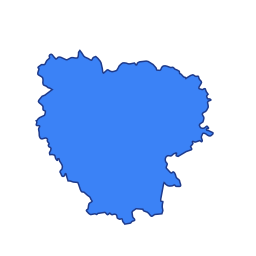 the Region of Tula, rotated 164°
{"feature_id": "RUS-2368", "entity_name": "Tula", "entity_type": "Region", "adm_level": 1, "iso_a3": "RUS", "parent_name": "Russia", "parent_adm1": "", "projection": "albers", "projection_center": [37.489, 53.9], "detail": "fine", "context": "isolated", "style": "filled", "palette": "blue", "viewbox_px": 256, "rotation_deg": 164, "n_neighbors": 0, "source": "natural_earth", "source_scale": "10m", "svg_char_len": 5793}
<svg xmlns="http://www.w3.org/2000/svg" viewBox="0 0 256 256"><g transform="rotate(164 128 128)"><path d="M214.2,160.3L213.7,160.3L213.2,160.5L211.9,161.5L210.2,162.3L204.8,163.2L203.9,164.4L203.1,165.9L202.8,166.9L203.3,167.5L204.3,168.4L204.6,169.0L204.4,170.1L204.0,171.3L203.8,172.4L204.6,174.1L206.4,176.8L206.7,177.6L206.8,178.1L206.7,178.4L206.3,179.0L205.5,179.7L201.8,182.2L198.8,182.5L190.2,185.8L192.3,188.0L193.6,188.7L195.0,190.7L197.0,192.3L197.4,192.9L197.5,193.4L197.4,194.9L196.4,197.7L196.2,199.7L196.8,200.9L199.3,203.6L199.6,204.0L199.8,204.6L199.8,204.9L199.3,206.2L197.4,209.1L197.3,209.9L197.9,210.7L197.4,211.4L193.7,212.8L191.1,212.0L190.3,212.2L187.9,214.8L186.9,215.5L184.3,216.7L184.0,217.3L183.9,218.8L183.6,219.4L182.8,220.0L181.8,220.1L181.4,220.0L180.7,219.3L179.8,217.1L178.4,214.3L177.6,214.2L175.7,215.2L174.7,215.2L173.9,214.9L173.0,214.4L168.7,210.7L168.2,210.5L167.5,210.4L163.6,211.2L162.8,211.2L161.4,210.8L159.5,209.8L157.9,209.4L157.1,209.4L156.2,210.4L155.1,213.0L154.8,214.1L154.2,214.8L152.9,215.8L151.9,213.3L150.7,209.3L149.7,207.9L147.1,205.7L145.3,203.7L144.3,203.2L143.8,203.6L142.4,205.0L141.6,205.4L139.3,205.6L137.8,203.3L136.4,200.1L136.0,198.2L136.0,197.2L136.3,192.2L136.8,189.3L136.8,188.2L136.6,187.8L136.3,187.5L132.0,189.6L131.2,189.4L129.7,187.8L128.5,186.9L127.6,186.5L125.8,186.3L123.4,186.4L122.6,186.8L120.7,188.6L119.6,189.9L118.3,190.7L116.5,191.6L114.9,192.0L113.3,191.5L111.9,190.9L109.9,189.5L108.6,189.1L103.9,188.7L102.9,186.4L102.3,186.3L101.0,187.8L100.0,188.2L98.5,188.4L92.1,187.3L90.5,186.5L90.1,186.2L86.4,182.1L84.5,178.1L84.4,177.4L84.5,176.2L84.3,175.7L83.9,175.5L81.6,174.7L80.9,174.7L80.4,175.1L79.3,176.5L78.1,177.5L77.2,177.8L76.2,177.8L74.9,177.4L73.6,176.7L70.4,174.4L68.2,174.0L67.6,173.4L66.7,171.7L64.7,170.1L63.1,168.4L63.3,166.1L62.5,165.5L61.8,164.4L60.6,162.0L59.9,161.3L59.4,161.2L59.0,160.8L58.7,159.6L58.1,159.9L53.4,161.2L51.4,161.3L50.9,161.2L50.4,160.8L49.2,159.4L48.5,158.9L46.8,158.6L46.3,158.4L46.1,158.1L46.1,156.3L45.9,155.0L44.8,152.7L44.8,151.5L45.7,150.4L48.2,148.1L48.8,147.1L48.9,146.6L48.8,146.2L46.2,144.5L45.4,144.4L43.9,144.8L43.5,144.7L43.0,144.4L42.9,144.0L42.9,142.8L42.6,140.9L41.7,138.4L43.3,137.4L43.7,136.6L43.6,134.9L43.4,134.2L43.1,134.0L41.5,133.4L41.0,133.0L40.6,132.4L40.6,132.1L40.8,131.9L43.3,131.7L44.0,131.2L44.5,130.6L44.6,130.2L44.7,128.2L44.9,126.8L45.3,125.7L47.5,123.4L48.9,122.5L51.2,122.1L52.4,121.4L52.8,120.7L52.8,120.0L52.2,117.7L52.3,116.6L53.1,115.0L54.3,113.2L57.6,112.1L58.3,111.6L58.7,110.8L58.5,109.3L58.1,108.3L57.9,108.0L56.4,107.1L55.2,106.9L53.9,107.2L52.1,108.0L51.6,108.0L51.4,107.8L50.6,106.1L50.6,105.7L50.9,105.5L52.0,105.6L52.7,105.4L53.0,104.9L52.9,104.2L52.4,103.8L51.4,103.5L50.9,102.9L47.7,100.1L47.8,99.3L48.3,98.7L50.3,97.8L51.3,97.7L52.1,98.0L52.7,98.4L53.6,99.3L55.0,101.1L55.8,101.7L56.8,102.2L57.4,102.2L57.7,102.1L59.5,100.0L59.9,99.3L60.1,98.6L60.1,97.8L60.0,95.6L60.2,95.2L60.6,94.6L61.0,94.5L61.3,94.6L62.2,95.9L62.8,96.1L66.9,95.9L67.5,96.0L68.9,97.1L69.5,97.3L69.9,97.1L70.0,96.8L70.0,96.1L69.8,95.5L70.0,95.1L70.5,94.6L72.6,93.2L73.0,92.8L72.9,92.2L72.6,91.2L72.5,90.5L72.6,90.0L73.2,89.6L78.5,89.3L87.7,86.9L89.2,87.9L89.3,88.7L88.4,89.9L88.3,90.4L88.8,90.8L91.2,90.6L93.5,89.5L94.5,89.3L96.9,90.3L97.8,90.4L98.8,90.0L99.8,89.4L100.7,88.0L101.0,86.8L101.1,85.9L100.9,84.6L100.3,83.3L100.2,82.8L100.4,82.1L101.8,80.2L102.2,79.3L102.1,78.5L101.6,77.6L99.9,74.2L99.2,73.1L98.6,72.8L98.3,72.8L97.1,73.3L96.7,73.3L96.4,73.2L95.7,72.2L95.3,70.4L95.3,67.8L95.1,66.8L94.5,65.8L93.4,64.3L93.0,63.4L93.1,61.7L93.0,59.4L93.2,58.2L93.6,57.7L94.6,57.6L97.8,58.6L98.2,59.0L98.8,60.2L99.3,60.5L101.5,60.2L104.0,60.7L105.4,61.4L106.6,62.6L107.5,63.9L107.8,64.9L108.3,65.6L109.3,64.3L116.1,50.7L116.5,49.4L116.4,48.4L114.8,47.7L115.0,46.9L115.9,45.4L116.7,43.2L117.0,41.8L117.1,40.3L117.3,38.9L119.1,36.2L126.2,37.5L128.9,36.6L129.8,36.7L130.5,37.5L131.6,40.2L132.6,41.7L135.7,44.0L136.0,44.6L136.1,45.8L142.5,48.2L146.4,46.8L147.4,45.9L148.0,41.5L147.8,40.5L146.9,38.7L146.9,37.7L147.2,37.4L147.9,37.2L149.5,37.2L150.1,37.0L151.4,36.1L152.2,35.9L157.6,36.5L157.9,37.4L158.7,39.3L158.8,40.5L158.7,41.9L158.9,42.3L159.6,42.6L160.9,42.5L161.7,43.0L162.5,43.7L163.1,44.5L163.1,45.3L162.9,46.7L163.0,47.4L163.4,48.1L163.9,48.5L164.9,49.0L167.1,49.0L167.8,49.4L168.9,51.1L169.3,51.2L170.3,50.6L171.3,50.3L171.7,50.4L171.9,50.6L173.1,52.9L173.6,53.3L180.5,54.2L181.9,53.5L183.2,54.5L183.6,54.7L187.5,55.0L188.0,55.2L189.3,56.7L190.5,59.2L190.7,59.6L190.7,60.3L190.2,60.7L189.1,61.0L188.7,61.4L188.2,62.3L187.3,64.4L186.4,65.9L185.6,66.4L183.6,67.0L182.8,67.4L182.7,68.1L183.2,69.2L183.5,71.6L183.9,72.5L185.5,74.5L187.7,78.0L188.1,78.5L189.9,79.3L190.2,79.7L190.5,80.4L190.8,82.1L191.0,87.2L191.3,89.5L195.6,91.2L198.0,92.9L200.2,93.7L200.3,98.4L200.2,100.3L200.3,101.1L200.7,101.4L201.0,101.3L202.0,99.8L202.8,99.4L203.4,99.3L204.1,99.5L204.8,100.2L204.9,100.9L205.1,102.9L205.5,104.4L205.2,105.1L204.5,105.7L203.1,106.5L202.6,107.0L201.7,108.9L201.6,110.4L202.0,112.4L202.8,114.9L202.8,117.1L202.9,117.6L204.1,117.7L204.5,116.6L204.7,116.4L205.0,116.4L205.3,116.7L205.9,118.3L206.0,119.1L205.9,121.0L206.0,121.7L206.2,122.1L206.6,122.5L208.1,123.4L210.5,123.9L210.4,125.6L210.0,126.3L209.0,127.2L208.4,128.0L207.7,129.3L207.7,129.8L207.8,130.2L208.2,130.9L209.1,131.7L209.4,132.5L209.4,133.2L209.2,133.6L209.0,133.9L208.2,134.4L208.2,134.8L208.3,135.4L208.9,136.6L209.1,137.5L209.1,138.1L208.5,139.1L208.5,139.5L208.7,140.0L209.4,140.8L210.0,141.1L210.4,141.2L213.7,141.2L214.7,141.8L215.1,142.5L215.4,143.8L215.4,145.0L214.6,148.5L214.3,151.5L213.9,152.3L212.6,153.5L212.4,154.1L212.4,154.3L212.8,154.7L215.1,155.6L215.3,155.9L215.3,156.5L214.1,158.5L214.0,159.0L214.2,160.3Z" fill="#3b82f6" stroke="#1e3a8a" stroke-width="1.5"/></g></svg>